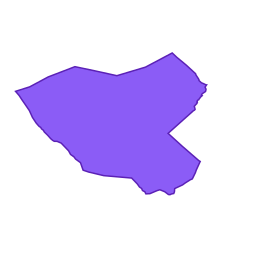 Tema Metropolitan, Greater Accra, Ghana (Natural Earth projection), rotated 67°
{"feature_id": "2480657B34044169329977", "entity_name": "Tema Metropolitan", "entity_type": "district", "adm_level": 2, "iso_a3": "GHA", "parent_name": "Ghana", "parent_adm1": "Greater Accra", "projection": "natural_earth1", "projection_center": [-0.004, 5.649], "detail": "fine", "context": "isolated", "style": "filled", "palette": "violet", "viewbox_px": 256, "rotation_deg": 67, "n_neighbors": 0, "source": "geoboundaries", "source_scale": "gbopen_adm2", "svg_char_len": 1287}
<svg xmlns="http://www.w3.org/2000/svg" viewBox="0 0 256 256"><g transform="rotate(67 128 128)"><path d="M50.3,217.2L55.6,215.5L60.1,214.7L66.4,213.4L73.4,212.0L81.0,211.8L87.5,210.6L90.0,209.8L91.7,209.2L92.0,209.1L93.3,208.1L94.9,208.0L97.0,206.8L98.9,206.6L103.2,204.8L107.7,203.3L109.9,202.2L111.4,201.1L112.6,198.5L115.8,195.4L125.8,191.6L129.9,191.2L133.5,189.0L136.1,188.4L141.3,185.3L149.3,185.8L153.2,181.4L162.4,168.9L175.5,144.2L183.1,141.3L186.8,140.5L189.0,139.1L191.2,139.1L193.3,137.4L195.6,137.3L197.0,133.5L197.0,125.7L197.3,122.8L201.0,119.1L204.3,117.2L205.0,116.8L205.8,115.4L205.7,113.7L206.2,111.5L204.9,110.2L202.0,108.7L201.7,100.0L201.0,97.0L200.0,91.0L200.0,88.7L198.9,87.4L195.4,83.4L193.4,81.6L187.0,74.6L185.8,75.5L166.0,85.2L148.6,93.2L137.7,61.2L137.5,59.7L137.0,58.9L133.9,58.5L132.7,55.9L132.4,55.0L131.7,54.8L131.4,54.1L130.3,54.0L129.5,52.4L129.6,51.8L129.2,51.4L128.4,49.9L128.0,49.4L127.2,47.1L126.5,47.6L125.5,46.4L124.7,42.4L123.4,41.4L122.7,41.0L120.5,41.1L119.0,38.8L118.6,39.5L117.4,40.5L116.3,41.5L115.0,42.8L112.1,44.1L111.1,43.8L109.1,44.1L105.9,44.7L104.4,44.6L92.9,49.8L90.2,51.2L81.9,55.5L76.2,58.0L78.8,88.1L75.5,117.8L62.2,136.5L50.8,152.9L49.8,181.5L51.7,202.4L50.3,217.2Z" fill="#8b5cf6" stroke="#5b21b6" stroke-width="1.5"/></g></svg>